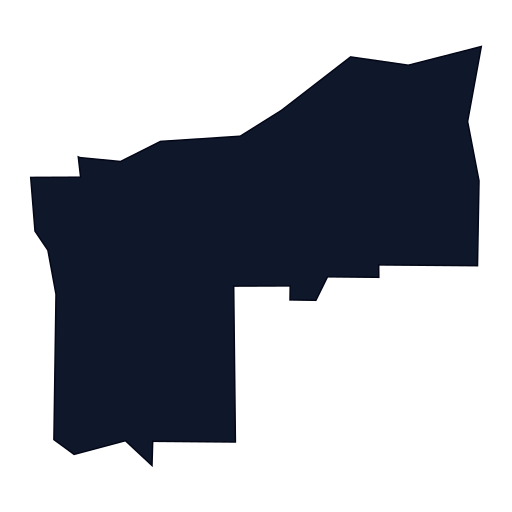 Clay, Georgia, United States of America, rotated 90°
{"feature_id": "52423323B17286883599255", "entity_name": "Clay", "entity_type": "district", "adm_level": 2, "iso_a3": "USA", "parent_name": "United States of America", "parent_adm1": "Georgia", "projection": "natural_earth1", "projection_center": [-84.978, 31.633], "detail": "fine", "context": "isolated", "style": "filled", "palette": "ink", "viewbox_px": 512, "rotation_deg": 90, "n_neighbors": 0, "source": "geoboundaries", "source_scale": "gbopen_adm2", "svg_char_len": 544}
<svg xmlns="http://www.w3.org/2000/svg" viewBox="0 0 512 512"><g transform="rotate(90 256 256)"><path d="M265.7,34.5L180.8,33.0L121.5,44.4L46.5,30.7L53.0,55.9L65.2,103.7L56.9,161.4L110.4,230.6L136.2,271.8L141.4,351.5L161.5,391.5L157.6,432.0L156.9,433.7L177.2,431.4L177.4,481.3L231.1,477.0L250.2,464.1L294.3,456.0L439.6,458.1L454.4,437.9L440.7,386.6L465.5,360.0L441.3,359.3L442.0,276.6L286.1,278.3L285.9,221.8L299.9,222.0L300.3,196.1L276.8,184.5L277.3,133.2L264.9,133.3L265.7,34.5Z" fill="#0f172a" stroke="#020617" stroke-width="1.5"/></g></svg>